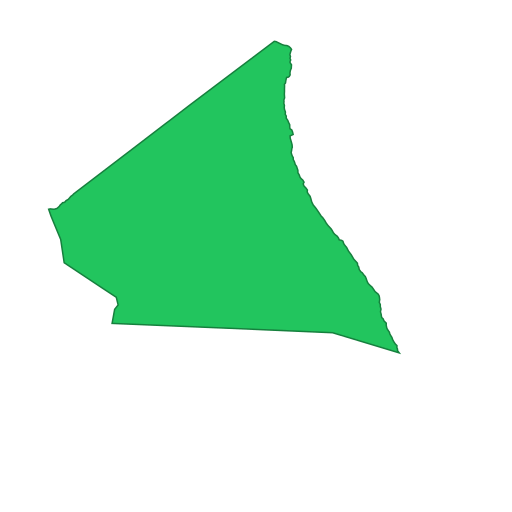 the district of Currais, Piauí, Brazil, rotated 142°
{"feature_id": "56859067B97651801569527", "entity_name": "Currais", "entity_type": "district", "adm_level": 2, "iso_a3": "BRA", "parent_name": "Brazil", "parent_adm1": "Piauí", "projection": "equal_earth", "projection_center": [-44.85, -8.733], "detail": "fine", "context": "isolated", "style": "filled", "palette": "green", "viewbox_px": 512, "rotation_deg": 142, "n_neighbors": 0, "source": "geoboundaries", "source_scale": "gbopen_adm2", "svg_char_len": 2518}
<svg xmlns="http://www.w3.org/2000/svg" viewBox="0 0 512 512"><g transform="rotate(142 256 256)"><path d="M100.8,396.9L100.7,398.7L101.1,401.0L102.1,402.8L103.9,404.5L105.2,406.4L107.0,410.1L108.2,412.6L109.4,413.9L214.9,415.7L241.3,415.9L246.2,416.0L279.0,416.3L361.4,417.2L363.0,416.9L365.2,417.0L369.0,416.2L371.6,416.6L373.1,416.2L374.4,416.4L375.6,417.1L377.1,416.8L378.7,416.8L380.5,416.2L383.5,416.0L386.3,417.1L388.0,418.7L389.1,419.8L390.6,420.5L392.9,413.8L395.0,406.3L399.7,389.3L411.3,368.8L396.5,324.3L391.5,309.5L394.8,302.3L400.2,301.0L410.9,291.5L332.0,224.4L326.8,220.0L242.9,148.4L202.8,91.5L202.7,94.4L201.8,95.5L201.4,97.1L200.1,98.6L200.4,100.9L200.2,103.6L199.8,106.0L199.0,108.2L198.8,110.4L198.5,112.3L197.8,113.8L197.7,115.9L197.4,118.4L196.8,119.7L196.0,121.3L194.7,122.9L195.1,126.0L194.5,128.2L194.8,130.1L194.1,131.6L193.3,132.9L192.3,135.4L190.2,137.2L189.2,139.6L187.9,141.3L187.4,143.6L185.4,145.4L184.2,147.4L183.5,148.8L183.2,150.7L184.1,154.7L183.9,156.8L183.7,160.1L184.2,162.5L184.5,165.0L184.3,166.7L183.7,168.7L183.1,170.3L182.5,172.5L182.7,174.3L182.6,177.4L183.1,179.0L183.0,181.7L181.8,184.2L181.7,186.0L180.5,187.9L180.9,193.3L180.5,196.1L180.2,198.3L180.1,203.0L179.3,207.0L179.4,208.9L179.4,210.5L179.2,212.0L178.4,214.1L178.9,215.6L180.5,217.5L180.0,219.0L179.8,221.5L180.6,224.5L180.7,226.7L180.3,228.9L180.1,231.0L180.5,235.8L180.4,239.0L180.0,241.4L179.8,245.4L180.1,247.2L179.8,250.4L179.5,254.8L179.4,256.6L179.4,258.3L179.5,261.0L178.8,264.3L177.4,267.6L176.6,269.8L176.6,273.1L176.2,275.0L174.9,276.3L174.8,278.8L175.1,281.8L174.4,283.8L172.7,284.6L172.4,287.1L172.8,289.2L172.8,290.9L172.0,293.4L171.7,295.8L170.2,297.8L169.6,299.6L168.8,301.8L168.8,303.9L168.1,305.5L167.6,307.0L167.3,309.0L166.1,310.6L165.8,312.7L165.2,314.4L164.6,315.9L163.1,317.1L161.6,318.6L160.5,319.3L159.1,321.4L158.1,323.7L157.4,325.5L156.5,327.8L155.2,329.7L153.7,329.3L151.9,328.9L150.8,331.3L150.2,333.4L150.9,335.4L149.9,337.0L148.6,338.7L148.1,341.2L147.5,343.2L147.3,346.1L146.0,347.6L145.7,349.7L144.2,351.3L143.2,354.2L142.2,355.8L141.0,357.0L140.0,359.3L138.9,360.4L138.0,361.8L136.1,363.0L134.0,366.1L132.1,368.3L130.8,370.0L128.8,372.4L127.9,373.8L126.2,374.2L124.9,375.5L123.4,376.8L121.9,377.9L120.6,377.1L119.3,377.0L117.6,377.7L116.5,379.4L115.1,380.7L114.1,381.4L112.6,382.2L111.5,383.5L110.3,384.8L110.1,387.5L109.2,388.5L108.0,389.1L107.5,390.9L106.0,392.0L105.4,393.8L104.1,394.8L102.1,396.2L100.8,396.9Z" fill="#22c55e" stroke="#15803d" stroke-width="1.5"/></g></svg>